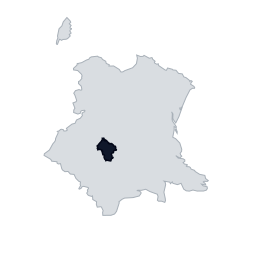 where Yonne sits in France, rotated 195°
{"feature_id": "FRA-5356", "entity_name": "Yonne", "entity_type": "Metropolitan department", "adm_level": 1, "iso_a3": "FRA", "parent_name": "France", "parent_adm1": "", "projection": "mercator", "projection_center": [3.524, 47.862], "detail": "fine", "context": "in_parent", "style": "filled", "palette": "ink", "viewbox_px": 256, "rotation_deg": 195, "n_neighbors": 0, "source": "natural_earth", "source_scale": "10m", "svg_char_len": 6266}
<svg xmlns="http://www.w3.org/2000/svg" viewBox="0 0 256 256"><g transform="rotate(195 128 128)"><path d="M195.3,106.5L193.8,107.4L192.8,109.1L191.8,109.6L190.0,109.6L189.1,108.5L187.0,109.2L186.1,110.3L187.4,111.7L183.1,117.3L180.4,118.8L179.8,122.4L176.6,125.1L175.4,128.0L175.3,128.5L176.1,129.5L175.7,131.3L174.1,132.5L174.1,133.7L174.6,133.9L177.1,132.9L178.0,131.8L177.5,130.3L180.0,128.5L184.5,128.9L185.0,131.4L184.4,133.4L187.7,137.9L184.9,140.0L184.7,141.3L187.6,145.7L189.4,147.6L188.4,150.5L185.3,152.4L183.4,152.3L182.6,152.8L182.7,153.7L184.0,156.3L187.3,158.1L187.8,160.1L186.9,160.8L185.4,163.8L186.0,165.3L185.8,165.9L186.1,167.0L187.0,168.0L191.5,170.5L195.6,170.0L196.1,171.5L193.6,175.4L193.7,177.2L192.5,177.2L192.3,177.8L189.7,179.1L185.6,183.0L183.7,184.2L183.0,186.1L181.8,187.2L176.0,189.5L174.9,189.0L172.0,189.0L170.3,187.6L166.8,186.7L165.7,184.7L162.5,184.3L162.4,182.9L157.9,184.2L151.6,182.3L149.4,180.3L147.6,180.8L145.9,182.6L139.1,187.4L136.5,192.3L137.0,197.9L138.5,200.7L134.4,200.3L132.0,201.1L131.3,202.3L125.5,200.9L123.3,202.1L122.7,202.0L122.0,200.8L119.1,199.5L119.6,198.5L119.2,197.7L116.5,197.0L115.5,197.9L114.5,196.2L107.0,193.6L105.8,193.7L105.3,196.2L100.4,196.2L99.7,195.7L96.6,196.2L93.3,193.8L89.6,194.3L87.3,191.8L85.1,191.7L82.0,190.4L80.6,189.7L80.4,189.0L79.5,190.1L78.3,189.8L78.0,189.5L78.8,188.1L78.9,186.5L75.1,185.3L74.0,184.2L74.0,183.6L76.1,183.0L78.0,180.8L79.8,172.6L81.1,162.9L82.0,161.1L83.3,160.6L82.3,159.2L81.1,161.0L81.8,152.0L83.2,145.2L86.5,147.9L87.3,149.2L88.2,153.2L90.1,154.9L88.9,153.3L87.7,147.9L86.9,146.3L81.7,141.8L81.5,140.8L83.8,141.3L82.9,137.9L82.4,130.7L79.2,130.0L74.1,126.9L70.6,121.4L70.2,119.3L71.1,117.1L70.3,115.7L68.8,114.7L70.0,112.8L71.0,112.6L74.7,113.7L71.7,111.9L66.8,112.5L64.9,111.9L64.5,110.5L65.8,108.8L64.2,107.8L61.4,108.0L61.1,107.6L61.9,106.3L61.2,105.9L58.9,106.4L57.6,106.0L56.4,104.6L52.7,104.3L51.9,103.4L46.8,101.8L41.5,102.1L40.0,99.3L36.8,97.9L37.5,97.0L40.7,96.2L41.3,95.4L39.0,94.3L38.1,93.1L42.5,92.8L40.5,91.6L36.3,91.7L35.7,90.0L36.3,88.2L38.7,86.7L44.8,85.0L49.2,84.9L52.4,82.9L55.5,82.4L58.4,83.4L62.4,88.3L65.6,86.1L70.3,86.2L71.3,87.4L72.6,85.2L73.6,86.5L79.4,86.0L78.0,85.2L77.0,83.1L76.7,75.3L73.8,69.6L73.0,67.5L73.2,65.7L76.7,66.0L79.5,65.2L80.9,65.8L81.2,69.5L82.5,71.6L90.4,72.3L95.0,73.4L98.9,71.3L102.5,70.4L102.8,69.9L100.7,70.1L98.8,69.2L98.5,68.2L99.5,65.3L105.1,62.1L113.2,59.4L115.3,57.6L117.7,54.3L117.1,53.5L117.5,44.5L118.7,41.5L121.8,39.3L129.7,37.1L130.7,40.0L130.6,41.7L132.7,44.2L133.7,45.0L137.2,43.6L138.8,46.0L139.3,48.7L143.5,49.8L144.7,53.2L145.5,52.5L148.1,52.6L149.3,52.9L151.0,54.4L150.4,56.5L151.2,57.5L150.5,59.4L151.0,60.2L155.7,60.2L157.2,59.3L157.8,57.4L159.3,56.3L159.8,56.7L158.9,60.2L159.6,61.1L159.9,63.6L161.7,63.8L165.2,65.8L168.1,69.2L171.8,68.6L174.6,70.5L177.6,69.5L180.4,70.5L181.4,71.5L184.0,76.1L186.0,75.2L187.4,75.7L187.9,77.0L193.2,76.2L194.2,77.5L195.3,78.0L202.0,79.8L202.1,81.5L198.2,86.4L196.5,93.3L195.3,95.7L194.9,97.5L195.2,98.7L195.0,100.5L194.2,105.0L194.7,106.3L195.3,106.5ZM219.4,194.2L219.0,196.8L219.9,198.6L220.3,206.0L218.3,209.5L218.0,213.8L215.6,218.9L211.8,216.6L210.7,215.4L211.7,213.4L209.5,212.4L210.1,210.5L209.8,209.5L208.3,209.4L208.2,209.0L209.3,207.5L209.3,206.6L207.9,205.5L207.6,204.4L209.0,203.3L208.3,202.3L207.6,202.0L209.5,198.7L210.8,197.7L213.7,196.7L214.9,195.5L216.9,196.1L217.2,195.8L217.8,190.5L218.5,190.4L219.1,191.1L219.4,194.2ZM81.9,138.3L81.5,139.9L79.5,137.1L79.2,135.6L81.9,138.3Z" fill="#d9dde1" stroke="#a8b0b8" stroke-width="1"/><path d="M139.1,108.5L138.9,108.4L138.5,108.0L138.3,107.9L137.7,107.8L137.5,107.6L137.4,107.4L137.4,107.1L137.3,106.9L137.2,106.8L135.7,107.1L135.4,107.0L135.3,106.7L134.9,106.2L134.8,105.9L135.0,105.6L135.0,105.4L134.9,105.2L134.7,104.9L134.6,104.7L134.2,104.4L133.8,104.3L133.7,104.2L133.6,103.9L133.6,103.7L133.8,103.4L134.0,103.3L134.3,103.2L134.5,103.3L134.8,103.2L135.2,102.9L135.6,102.8L135.7,102.7L135.8,102.5L135.8,102.4L135.8,102.1L135.8,101.9L136.0,101.6L135.9,101.5L135.8,101.3L135.8,101.1L135.7,100.6L135.8,100.4L136.0,100.5L136.1,100.4L136.4,100.1L136.5,99.9L136.8,99.8L136.9,99.7L137.0,99.5L137.3,98.9L137.3,98.7L137.3,98.3L137.3,98.2L137.2,98.1L137.0,97.9L136.6,97.5L136.5,97.4L136.4,97.2L136.2,96.3L136.1,96.2L135.9,96.0L135.7,95.9L135.3,95.7L135.0,95.7L134.9,95.7L134.9,95.4L134.9,95.2L135.0,95.0L135.0,94.9L135.1,94.7L135.3,94.6L135.7,94.4L135.8,94.3L135.9,94.1L136.0,93.9L136.1,93.7L136.2,93.4L136.0,93.2L136.0,92.9L136.0,92.6L136.1,92.4L136.2,92.2L136.2,91.8L136.3,91.8L136.4,91.7L137.0,91.7L137.3,91.6L137.5,91.5L138.1,91.5L138.3,91.6L138.5,91.6L139.8,91.4L140.2,91.5L140.3,91.5L140.6,91.1L140.9,90.7L141.1,90.9L141.2,91.2L141.2,91.3L141.2,91.6L141.3,91.6L141.5,91.5L141.8,91.6L142.2,91.8L142.4,92.0L142.6,92.2L143.4,93.3L143.5,93.5L143.6,93.9L143.6,94.0L143.7,94.4L143.7,94.5L143.4,95.0L143.8,95.4L144.2,95.8L144.4,95.9L144.6,96.0L144.8,95.9L144.9,95.7L145.1,95.6L145.3,95.7L145.4,95.8L145.4,96.1L145.5,96.2L145.7,96.4L145.9,96.7L146.8,98.3L146.9,98.5L146.6,98.6L146.5,98.8L146.9,99.0L147.0,99.0L147.4,99.0L147.5,99.1L147.5,99.6L147.5,99.9L147.6,100.0L148.1,100.1L148.6,100.0L148.8,100.1L149.0,100.2L149.3,100.1L149.5,99.9L149.9,100.0L150.2,100.0L150.3,100.0L150.5,99.9L150.7,99.7L150.8,99.6L151.0,99.6L151.2,99.8L151.3,99.9L151.4,99.7L151.4,99.4L151.5,99.2L151.6,99.3L151.8,99.7L152.0,100.0L152.3,100.2L152.2,100.9L152.1,101.2L152.1,101.7L152.6,101.7L152.7,101.8L153.1,102.7L153.1,103.0L153.0,103.3L152.0,103.8L152.0,104.2L152.0,104.7L151.9,105.1L151.9,105.3L151.5,105.8L151.3,106.4L150.5,107.8L150.3,108.0L150.2,108.2L150.2,109.1L150.0,109.4L149.8,109.5L149.7,109.6L149.5,109.9L149.6,110.1L149.7,110.6L149.8,110.6L150.0,110.7L150.0,110.8L150.1,111.4L149.5,111.3L149.3,111.3L149.2,111.5L148.9,111.9L148.7,111.9L148.4,111.6L148.3,110.7L148.1,110.3L147.2,110.8L147.0,110.7L147.1,110.1L147.1,109.9L147.1,109.7L146.9,109.6L146.7,109.6L146.6,109.9L146.5,110.2L146.4,110.4L146.3,110.5L146.2,110.5L145.0,110.0L144.1,109.1L143.9,109.0L143.6,109.0L143.4,109.0L143.3,108.8L143.2,108.5L143.1,108.3L142.7,107.9L142.3,107.3L142.2,107.1L142.2,107.8L142.1,108.4L141.2,108.1L140.9,108.2L140.5,108.6L140.3,108.7L140.1,108.6L139.6,108.3L139.1,108.5Z" fill="#0f172a" stroke="#020617" stroke-width="1.5"/></g></svg>